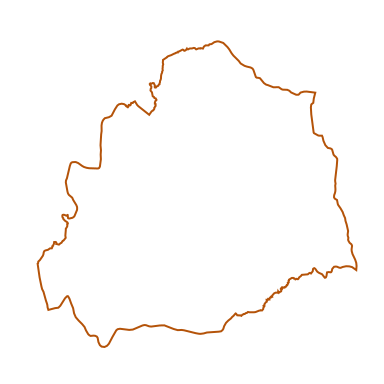 Mae Chai, Phayao, Thailand (Equal Earth projection), rotated 176°
{"feature_id": "78962969B98243253898824", "entity_name": "Mae Chai", "entity_type": "district", "adm_level": 2, "iso_a3": "THA", "parent_name": "Thailand", "parent_adm1": "Phayao", "projection": "equal_earth", "projection_center": [99.773, 19.373], "detail": "fine", "context": "isolated", "style": "outline", "palette": "amber", "viewbox_px": 384, "rotation_deg": 176, "n_neighbors": 0, "source": "geoboundaries", "source_scale": "gbopen_adm2", "svg_char_len": 5867}
<svg xmlns="http://www.w3.org/2000/svg" viewBox="0 0 384 384"><g transform="rotate(176 192 192)"><path d="M343.5,84.4L336.7,85.7L333.4,85.9L331.3,87.7L326.1,94.8L324.1,96.6L323.6,96.8L322.9,96.6L321.7,94.1L320.3,89.1L318.7,84.4L318.1,79.2L316.7,75.2L314.1,71.7L310.8,67.9L308.6,64.8L307.4,61.3L305.4,57.3L304.3,56.2L303.2,55.5L300.3,55.6L298.6,55.3L297.0,54.4L296.3,53.1L295.8,48.8L294.6,45.7L293.0,44.1L290.1,43.5L287.5,44.5L285.5,46.4L281.5,52.9L277.2,59.3L275.8,60.3L273.4,60.6L264.2,58.8L260.6,58.9L250.7,62.3L248.9,62.6L247.3,62.4L244.1,61.0L242.1,60.6L233.3,61.1L228.9,60.9L219.8,56.6L215.9,55.2L211.9,55.1L209.6,54.6L198.1,50.9L195.0,50.1L193.3,49.9L190.2,50.1L186.9,50.8L175.1,50.8L172.7,51.0L171.2,52.1L170.3,53.3L169.3,55.9L167.2,59.1L164.8,61.2L161.9,63.2L160.8,64.4L159.2,65.6L157.0,67.8L156.6,67.6L155.4,65.8L154.3,65.8L153.7,65.5L152.7,65.7L151.4,65.0L150.3,66.1L149.4,66.3L148.9,66.7L148.0,66.6L146.9,67.4L145.8,67.5L144.6,68.4L143.0,68.0L138.5,67.7L137.0,67.8L133.2,69.0L132.2,69.0L131.9,69.3L130.5,68.9L129.2,70.1L128.9,71.5L127.8,73.0L128.5,73.5L127.6,74.3L127.5,75.1L126.1,76.8L125.0,77.4L125.1,79.2L124.6,79.1L123.9,79.8L123.6,79.2L123.0,79.5L122.5,79.4L122.6,80.0L122.1,79.9L121.6,81.1L120.9,81.7L120.8,81.3L120.2,81.4L119.9,81.9L119.3,81.9L119.4,82.6L119.2,83.1L117.1,85.2L115.4,85.8L113.3,85.5L113.0,86.8L112.4,85.6L112.0,86.1L111.6,85.9L110.6,86.6L110.0,86.7L109.7,88.0L110.0,88.7L109.7,89.2L110.1,89.4L110.0,89.6L109.3,90.1L108.8,90.7L108.5,90.6L108.3,90.0L108.0,90.5L107.0,90.2L106.5,90.6L106.1,90.3L105.5,90.9L104.9,91.0L104.6,91.7L103.8,92.1L103.8,92.7L103.2,92.8L102.8,93.8L102.5,94.0L102.7,94.9L101.8,95.3L101.8,96.9L101.4,97.1L101.3,97.8L98.4,99.3L97.0,99.2L96.5,98.6L95.9,98.7L95.0,97.6L93.6,98.1L92.5,97.6L91.9,98.0L91.0,99.4L89.3,100.5L88.2,101.7L82.2,101.8L80.9,102.8L80.0,103.1L79.0,102.4L77.1,104.5L76.6,106.8L76.0,107.3L75.3,107.5L74.4,106.8L72.6,103.8L71.0,102.5L68.0,100.9L65.5,97.2L65.1,97.2L64.4,97.5L63.7,98.9L62.9,102.4L61.3,102.6L59.2,102.2L58.7,102.4L58.2,103.1L57.4,105.6L55.5,107.5L53.8,107.6L52.7,107.4L50.3,106.2L49.0,106.0L46.9,106.7L43.4,107.2L40.1,106.8L37.5,105.9L33.6,102.7L33.0,106.7L33.1,109.9L34.0,113.3L36.2,118.9L36.8,121.9L36.8,123.8L36.1,127.0L36.2,127.7L36.7,128.8L38.3,130.3L39.3,132.3L39.6,133.4L39.2,135.5L39.7,137.4L39.7,138.8L39.0,142.2L40.0,148.8L40.9,152.5L41.1,155.3L42.2,158.2L43.1,161.5L45.0,165.4L47.1,168.9L47.4,169.8L47.9,173.9L50.1,175.5L50.7,176.9L50.4,178.9L49.4,181.2L48.9,183.0L48.7,185.0L48.7,188.4L48.2,190.3L48.4,192.3L48.4,193.8L45.8,207.6L44.9,213.7L44.9,215.1L45.9,216.8L47.5,218.4L48.2,219.4L49.2,224.2L49.7,225.1L50.8,225.8L53.4,226.5L55.7,229.4L57.3,233.9L57.9,237.7L58.4,239.1L61.2,239.3L62.2,239.6L66.2,242.2L66.5,242.9L67.6,261.0L67.5,268.1L67.0,270.7L66.7,271.2L64.8,272.5L64.0,276.7L62.1,282.5L70.6,284.2L73.4,284.3L76.8,283.6L78.7,281.8L79.2,281.6L81.4,281.8L86.2,284.4L87.8,286.2L89.8,287.3L94.4,287.8L95.5,288.3L98.2,290.5L103.5,290.8L109.0,293.4L110.5,293.9L112.6,295.6L116.2,300.7L117.2,301.1L119.6,301.6L120.3,302.3L122.2,309.4L123.0,310.9L124.8,312.1L128.6,313.3L130.8,314.2L134.5,316.8L136.2,319.5L141.2,325.2L142.8,327.6L144.9,331.7L146.5,334.1L150.4,338.5L154.7,340.3L156.4,340.5L159.3,339.9L162.2,338.2L164.3,338.1L165.2,337.1L168.3,337.3L170.0,336.2L171.1,334.3L173.3,334.9L173.9,334.5L174.4,334.8L175.4,334.8L177.8,334.0L178.1,334.1L179.2,335.4L180.2,335.6L182.0,335.2L184.3,335.3L186.1,334.5L186.8,334.8L187.1,335.4L188.1,334.1L189.4,333.4L190.0,333.5L190.7,334.4L191.5,334.7L195.3,333.0L196.0,333.0L196.4,332.2L197.0,332.4L198.1,331.9L198.7,331.9L199.5,331.3L200.3,331.2L203.1,330.0L206.4,329.1L207.5,328.4L207.5,328.2L211.7,325.8L212.1,322.9L211.8,321.4L212.4,319.9L212.5,318.4L212.8,317.0L212.7,315.3L213.4,314.2L213.5,313.1L214.2,312.0L214.7,310.3L215.1,307.1L215.6,305.9L216.1,305.1L216.4,303.3L216.8,302.7L216.9,301.7L217.7,301.4L218.3,300.3L219.8,299.8L220.6,298.8L221.5,298.7L221.8,299.0L221.9,299.5L221.6,300.9L222.6,303.3L223.8,303.4L224.9,302.8L226.0,303.3L226.6,302.7L226.5,301.9L225.2,300.2L225.4,298.5L226.0,297.8L226.3,296.1L225.0,294.2L224.5,290.2L223.3,289.4L222.9,288.3L221.7,287.9L221.0,286.4L221.1,286.1L222.1,285.4L222.8,283.9L222.9,282.6L222.2,282.3L222.3,280.4L222.8,280.1L223.4,278.8L223.7,278.7L223.9,277.4L225.0,276.1L225.4,276.1L226.8,275.1L229.3,272.0L239.6,281.4L240.6,282.6L242.6,286.4L243.4,286.0L244.1,285.9L244.9,284.9L246.4,285.1L247.2,283.1L247.5,282.8L248.2,282.7L248.7,283.3L249.0,283.3L249.5,282.4L249.7,281.4L250.1,281.0L251.7,282.2L251.9,282.5L251.7,282.9L253.7,284.4L256.0,285.0L258.7,284.6L260.4,283.5L263.1,279.9L266.9,273.7L269.7,272.4L273.8,271.7L275.3,270.3L276.1,269.2L277.0,267.3L277.6,264.6L277.9,259.1L278.6,255.8L280.0,245.0L279.9,240.0L280.5,235.7L280.6,231.1L282.1,223.8L282.9,222.5L284.1,222.0L293.0,222.9L295.5,223.5L298.0,224.5L299.8,225.7L303.5,228.8L305.9,230.0L308.8,230.1L310.1,229.8L311.0,228.9L312.1,226.3L315.8,214.4L316.9,212.3L317.2,210.3L316.2,201.1L315.8,199.2L315.0,197.7L311.9,194.7L311.0,192.2L308.3,187.0L307.7,185.1L307.7,184.0L307.9,182.2L310.9,176.2L311.8,175.3L313.1,174.6L316.3,174.1L317.1,174.3L317.5,174.7L317.6,177.7L317.8,177.8L319.0,177.1L320.9,178.1L322.0,178.3L322.7,178.1L323.0,177.4L323.0,176.3L322.8,175.5L322.3,175.0L322.2,174.0L320.6,172.1L318.9,170.8L318.3,170.2L318.0,169.3L318.1,169.0L318.8,168.7L318.7,167.3L318.9,166.3L320.5,164.0L320.5,163.1L321.4,157.3L321.2,155.1L323.0,153.1L323.7,152.4L324.4,152.3L325.8,150.4L326.7,150.1L328.4,148.8L331.1,149.7L330.8,150.6L331.1,151.4L331.8,151.7L333.0,151.7L333.4,149.8L334.2,148.6L334.3,148.0L335.2,147.6L335.3,146.4L335.8,145.6L337.5,145.7L339.7,144.4L342.4,143.9L343.4,143.4L344.1,142.2L344.6,140.1L345.3,138.7L348.5,134.7L350.2,133.3L350.5,131.7L351.0,131.3L350.0,117.5L348.8,108.4L348.3,105.6L347.1,102.8L345.3,93.9L344.5,90.9L344.2,89.4L344.1,86.9L343.5,84.4Z" fill="none" stroke="#b45309" stroke-width="2"/></g></svg>